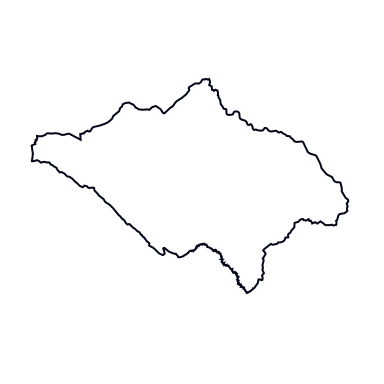 Bo Thong, Chon Buri, Thailand (Mercator projection), rotated 350°
{"feature_id": "78962969B86980308454796", "entity_name": "Bo Thong", "entity_type": "district", "adm_level": 2, "iso_a3": "THA", "parent_name": "Thailand", "parent_adm1": "Chon Buri", "projection": "mercator", "projection_center": [101.509, 13.23], "detail": "fine", "context": "isolated", "style": "outline", "palette": "ink", "viewbox_px": 384, "rotation_deg": 350, "n_neighbors": 0, "source": "geoboundaries", "source_scale": "gbopen_adm2", "svg_char_len": 6059}
<svg xmlns="http://www.w3.org/2000/svg" viewBox="0 0 384 384"><g transform="rotate(350 192 192)"><path d="M74.0,155.7L76.3,158.0L78.6,161.4L81.1,164.3L82.2,166.2L84.9,168.2L85.7,168.1L87.1,167.0L89.7,168.2L90.2,169.3L91.3,170.2L95.0,170.4L96.3,171.0L96.1,172.7L96.4,173.9L98.6,177.0L99.6,179.2L103.6,183.6L104.9,186.8L108.7,190.3L111.4,194.1L115.8,202.0L117.1,203.5L118.5,206.1L120.4,208.1L121.3,210.6L122.5,212.5L123.1,212.9L124.7,212.6L125.0,212.9L127.8,216.9L129.6,218.5L131.2,220.9L133.3,222.6L134.4,225.2L135.4,226.0L135.5,227.0L136.9,228.4L138.9,232.5L141.1,235.1L140.4,237.3L143.6,239.8L145.1,241.3L148.3,245.9L149.4,247.1L152.2,249.0L153.0,248.9L154.3,248.0L154.4,245.2L153.8,243.0L154.2,242.3L155.2,242.3L158.8,246.6L163.6,249.7L165.4,250.0L165.8,251.0L166.8,252.2L167.1,253.8L169.5,254.2L172.5,253.6L174.2,252.7L175.7,252.4L177.1,251.3L177.6,251.4L178.8,250.1L180.0,249.6L180.8,250.0L181.2,249.7L181.5,250.1L182.4,249.8L182.6,250.1L182.7,249.7L183.6,249.9L183.9,249.6L184.3,249.8L185.2,249.2L185.5,248.6L186.6,248.1L186.5,247.3L187.1,247.3L187.3,246.1L188.3,245.8L188.3,246.4L189.2,246.5L189.5,245.3L190.2,245.5L190.4,245.2L191.4,245.0L191.4,245.3L191.9,245.4L192.8,245.2L192.7,245.5L193.0,245.6L193.6,244.9L193.9,244.9L194.1,245.3L195.3,245.2L195.2,245.9L195.8,246.4L197.1,246.4L197.6,247.9L197.5,248.9L199.3,249.5L200.5,250.8L201.3,250.9L201.7,251.4L201.6,251.8L202.5,252.7L202.5,253.2L203.1,253.2L203.1,253.8L205.0,253.1L205.1,253.6L204.7,253.4L204.8,253.9L205.2,253.8L205.4,254.5L205.8,254.2L206.0,255.1L206.5,255.6L207.3,255.5L207.5,255.7L207.3,256.0L208.0,255.9L208.4,256.1L208.3,257.4L209.3,257.6L209.5,257.9L209.3,258.7L209.5,259.1L209.4,260.2L209.9,260.5L209.7,261.4L210.0,261.6L209.8,261.9L210.0,262.7L209.3,263.0L209.7,263.1L209.5,263.4L209.9,263.6L209.5,263.7L209.6,264.1L210.1,264.2L210.1,264.5L209.1,265.4L209.1,266.2L210.0,266.7L210.0,267.8L211.3,267.5L210.6,268.6L211.1,268.9L211.0,269.4L211.3,269.3L211.9,269.8L213.6,269.7L213.5,270.2L213.1,270.1L213.0,270.5L213.6,270.5L214.8,271.3L215.2,271.0L216.8,274.7L218.3,274.7L217.9,275.5L218.0,276.7L218.3,277.0L218.0,277.3L218.5,277.8L218.6,278.5L219.1,278.4L219.4,278.8L219.9,278.4L220.4,278.8L220.7,278.5L221.3,279.0L221.0,279.9L221.9,280.3L221.2,281.0L221.2,281.5L222.4,282.5L222.4,283.2L221.8,283.4L221.9,284.0L222.8,284.1L222.3,284.7L221.9,284.5L221.9,285.6L221.2,286.1L221.7,286.9L222.3,287.2L221.4,287.8L221.9,288.7L221.4,290.1L221.7,290.0L221.9,290.5L222.4,290.2L222.4,290.8L223.1,290.8L223.4,291.4L223.2,291.8L223.5,291.8L223.3,292.1L224.3,292.6L223.8,293.6L224.3,293.5L224.4,293.9L224.8,293.6L224.6,294.0L225.4,294.1L225.5,294.7L226.6,295.1L225.9,296.2L227.0,296.9L227.1,297.8L227.5,298.3L227.5,298.9L228.1,299.5L228.1,300.5L228.5,301.0L229.4,301.0L229.9,300.3L231.4,300.2L231.8,299.7L232.9,299.6L233.9,298.7L234.8,298.4L235.2,297.6L235.7,297.9L236.5,297.5L240.6,293.5L241.3,292.5L242.3,289.7L243.6,289.9L245.4,290.9L246.2,290.6L246.7,288.2L246.4,286.8L246.5,286.3L248.7,284.5L247.8,280.7L248.6,279.4L248.7,276.4L250.5,272.3L250.7,270.5L250.1,269.9L253.7,265.9L253.5,264.5L251.9,261.9L253.3,260.7L260.7,256.8L261.8,257.7L263.2,258.0L266.8,257.8L268.1,256.6L269.7,256.9L271.8,256.9L274.2,256.0L275.4,254.6L276.1,253.1L278.9,253.4L279.1,251.1L279.3,250.6L280.1,249.8L281.6,249.3L283.3,247.1L286.6,244.6L287.7,240.2L291.0,239.9L292.1,239.5L293.1,238.4L295.6,237.7L296.5,237.8L297.2,239.2L298.7,239.4L299.2,240.0L302.1,239.0L302.5,240.9L303.8,240.8L304.7,242.4L304.9,243.9L308.1,243.1L309.4,244.6L310.1,244.8L313.4,243.2L314.2,244.2L315.6,245.2L317.2,247.4L317.8,247.8L322.1,248.6L324.0,248.4L324.8,249.3L325.6,249.5L328.3,249.4L329.0,247.4L328.9,245.4L330.0,244.9L331.8,241.1L333.0,239.6L334.6,239.3L338.4,239.4L341.6,237.8L341.8,234.6L342.8,233.2L342.4,230.1L344.3,228.4L344.3,226.7L342.1,224.1L339.6,217.4L340.2,214.0L339.8,208.6L338.6,208.0L336.4,207.6L334.4,206.4L333.9,205.6L332.4,201.5L328.2,198.4L327.3,197.4L323.8,191.4L323.2,186.4L320.7,178.0L319.9,177.2L315.6,175.1L313.3,173.2L312.8,172.1L310.3,162.9L309.7,161.7L308.9,161.3L303.3,160.8L302.4,160.3L301.7,159.8L300.2,157.2L298.7,155.7L298.0,154.1L295.0,153.2L294.4,152.0L292.1,150.4L290.4,148.4L289.8,148.2L288.7,148.6L287.6,148.4L285.8,146.5L284.9,146.2L280.3,146.2L278.3,145.0L276.6,142.2L275.9,141.8L274.6,141.6L272.9,143.4L270.8,143.7L266.9,142.4L265.7,141.5L264.3,141.7L263.6,141.5L262.9,140.1L262.9,138.0L262.1,135.7L261.2,135.4L260.1,136.0L258.7,135.5L258.3,134.8L257.9,132.6L257.3,131.6L256.2,130.6L253.5,129.4L252.1,127.9L251.9,126.8L252.2,122.6L251.8,121.6L250.7,120.7L249.0,120.2L247.7,120.3L246.7,121.0L246.1,122.3L245.5,122.7L242.9,122.7L240.8,122.2L239.9,121.6L239.6,120.7L240.1,116.6L239.5,116.0L238.2,115.8L237.4,115.0L236.9,112.9L235.6,110.7L235.7,106.1L234.6,103.6L234.7,101.8L234.2,101.1L234.8,99.6L234.7,96.6L232.7,95.3L231.2,96.2L230.6,95.2L229.5,94.9L229.7,91.4L227.5,89.8L228.5,87.9L228.8,86.5L228.9,85.6L228.4,83.7L227.2,84.1L225.7,83.1L224.9,83.1L224.0,83.5L223.3,83.1L222.1,83.0L220.9,83.9L220.0,85.2L218.3,86.2L216.9,86.4L215.3,85.8L213.5,85.8L207.4,88.3L206.7,89.3L207.1,90.7L206.9,91.5L202.9,95.0L198.5,97.5L192.7,99.9L190.7,101.4L188.2,104.1L184.9,105.5L178.6,109.7L177.3,109.2L175.2,104.7L171.4,101.1L167.8,101.4L164.2,103.7L162.4,102.9L157.4,102.4L153.8,101.3L152.0,99.5L151.2,99.2L150.1,96.8L149.4,95.8L146.4,93.8L145.8,93.0L142.0,92.8L139.0,93.6L138.1,95.5L135.9,96.8L134.2,99.8L127.6,103.5L126.5,105.4L125.3,106.5L121.5,108.7L117.7,109.8L112.2,110.6L106.2,110.9L104.7,111.8L102.2,114.6L100.7,114.4L99.9,113.5L96.9,114.4L95.7,115.6L94.8,115.2L93.3,115.8L92.9,115.5L92.0,115.5L91.4,121.2L81.1,113.2L78.3,113.2L76.4,113.5L73.8,113.2L70.9,111.4L67.5,110.3L64.6,110.2L59.8,109.1L59.0,109.2L57.9,110.1L54.4,111.0L51.6,110.7L49.1,109.9L48.8,112.8L47.0,113.6L47.6,114.5L45.8,115.9L46.1,117.5L42.2,118.4L41.9,126.9L39.7,133.8L40.7,134.1L45.0,133.8L46.6,134.8L48.2,136.8L51.8,136.6L54.2,137.7L56.7,138.2L57.2,138.9L57.5,140.3L59.3,141.4L60.2,142.6L62.7,144.6L63.3,146.8L65.3,149.8L67.0,149.7L69.8,151.9L71.0,154.0L72.4,155.3L74.0,155.7Z" fill="none" stroke="#020617" stroke-width="2"/></g></svg>